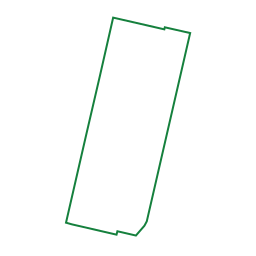 Swift, Minnesota, United States of America, rotated 283°
{"feature_id": "52423323B6622975952869", "entity_name": "Swift", "entity_type": "district", "adm_level": 2, "iso_a3": "USA", "parent_name": "United States of America", "parent_adm1": "Minnesota", "projection": "robinson", "projection_center": [-95.787, 45.282], "detail": "fine", "context": "isolated", "style": "outline", "palette": "green", "viewbox_px": 256, "rotation_deg": 283, "n_neighbors": 0, "source": "geoboundaries", "source_scale": "gbopen_adm2", "svg_char_len": 320}
<svg xmlns="http://www.w3.org/2000/svg" viewBox="0 0 256 256"><g transform="rotate(283 128 128)"><path d="M21.8,88.9L21.5,95.1L21.5,140.8L25.0,140.9L25.0,159.9L36.5,166.0L41.3,167.3L234.5,167.2L234.4,141.2L232.3,141.2L232.2,88.7L172.3,88.9L112.0,88.8L21.8,88.9Z" fill="none" stroke="#15803d" stroke-width="2"/></g></svg>